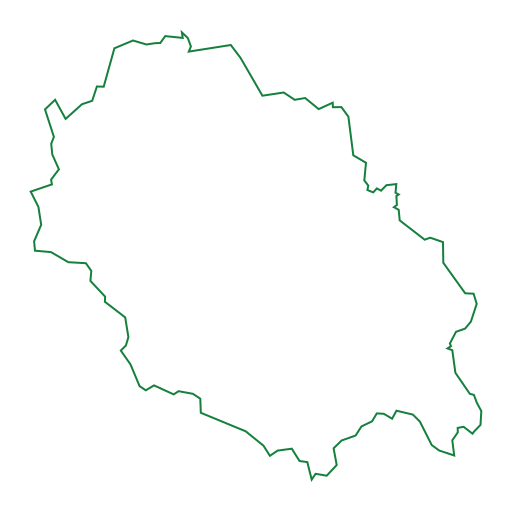 outline of Chashka, Čaška, North Macedonia
{"feature_id": "65306769B55292490733903", "entity_name": "Chashka", "entity_type": "district", "adm_level": 2, "iso_a3": "MKD", "parent_name": "North Macedonia", "parent_adm1": "Čaška", "projection": "albers", "projection_center": [21.618, 41.602], "detail": "fine", "context": "isolated", "style": "outline", "palette": "green", "viewbox_px": 512, "rotation_deg": 0, "n_neighbors": 0, "source": "geoboundaries", "source_scale": "gbopen_adm2", "svg_char_len": 1632}
<svg xmlns="http://www.w3.org/2000/svg" viewBox="0 0 512 512"><path d="M240.6,58.0L230.8,45.0L188.8,51.6L190.9,46.5L187.8,38.0L181.9,32.4L182.7,37.9L165.2,36.1L160.3,43.0L154.9,43.2L146.5,44.5L133.0,40.5L114.4,48.3L103.7,86.7L96.9,86.5L92.2,100.8L82.0,104.2L65.6,118.9L55.1,99.8L45.0,109.4L53.9,136.9L51.2,143.8L52.3,154.5L58.9,169.3L51.1,179.6L51.9,184.4L30.7,191.6L38.4,206.9L41.2,224.8L34.1,241.3L35.0,250.7L51.0,252.1L68.3,262.2L85.9,263.2L91.3,270.9L90.4,280.9L105.1,296.6L104.9,301.8L125.2,317.4L128.4,337.1L125.9,345.5L120.8,350.6L130.5,364.4L139.6,386.2L145.8,390.3L154.0,385.4L173.7,394.4L178.6,391.2L192.9,393.8L200.3,398.7L200.8,412.8L245.7,431.3L263.5,445.7L269.9,455.8L277.6,450.6L291.8,448.7L299.5,461.0L307.3,462.1L311.7,479.6L315.6,473.8L326.7,475.7L336.7,465.0L333.6,448.3L341.6,440.5L355.6,435.5L361.5,426.4L372.1,421.3L376.8,413.4L383.8,413.8L392.1,418.7L396.5,410.7L412.9,414.6L419.9,421.6L431.7,445.0L439.1,450.5L454.2,455.5L452.3,440.3L457.8,432.3L457.7,427.9L463.6,426.8L472.5,433.7L474.0,431.6L480.5,424.9L481.3,411.0L476.9,402.9L473.9,394.9L469.8,393.8L455.4,372.8L452.3,350.2L447.5,348.4L451.0,346.2L449.9,343.5L456.0,331.8L465.1,328.6L470.9,321.6L476.7,303.9L473.6,293.7L465.2,293.3L443.3,262.8L443.0,242.1L430.2,237.7L424.7,239.7L399.7,220.4L398.7,209.8L393.9,207.2L396.9,205.0L396.4,196.0L398.7,194.5L395.5,192.8L396.3,184.1L386.4,185.2L381.0,190.7L376.9,188.4L373.2,192.4L367.4,190.0L368.3,185.6L364.3,180.4L366.0,162.8L353.3,155.3L348.4,116.7L341.4,107.1L332.9,107.2L332.7,102.7L318.7,109.1L305.1,98.0L294.7,99.8L283.7,92.5L262.4,95.7L240.6,58.0Z" fill="none" stroke="#15803d" stroke-width="2"/></svg>